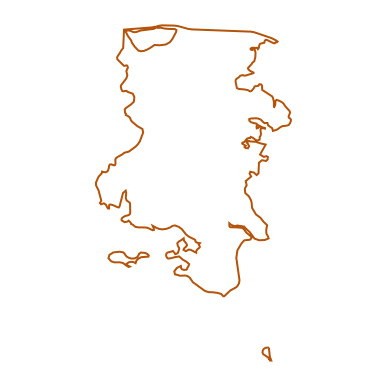 an SVG outline of Midtjylland, rotated 92°
{"feature_id": "DNK-3416", "entity_name": "Midtjylland", "entity_type": "Region", "adm_level": 1, "iso_a3": "DNK", "parent_name": "Denmark", "parent_adm1": "", "projection": "albers", "projection_center": [9.543, 56.244], "detail": "fine", "context": "isolated", "style": "outline", "palette": "amber", "viewbox_px": 384, "rotation_deg": 92, "n_neighbors": 0, "source": "natural_earth", "source_scale": "10m", "svg_char_len": 6017}
<svg xmlns="http://www.w3.org/2000/svg" viewBox="0 0 384 384"><g transform="rotate(92 192 192)"><path d="M32.1,265.6L28.9,237.7L28.5,236.0L28.2,235.6L28.2,234.0L28.5,233.7L29.1,233.9L30.3,235.9L32.4,248.9L34.1,253.4L34.3,255.3L34.0,256.9L33.0,259.2L32.8,261.1L33.1,263.4L33.9,263.9L38.2,261.6L42.8,258.0L44.9,257.3L48.7,254.4L52.6,250.5L53.1,247.8L52.6,244.8L51.3,241.9L49.8,239.3L46.4,234.6L46.5,229.4L45.5,223.3L43.1,219.4L39.9,217.0L32.7,213.5L30.7,213.2L29.8,214.6L29.8,221.8L29.6,225.2L28.9,229.1L29.2,231.9L28.9,233.0L27.5,232.5L27.2,231.6L26.5,227.8L26.3,215.5L26.7,211.7L29.2,201.2L29.5,197.2L29.7,138.6L30.1,135.8L30.9,132.9L35.3,118.3L37.3,113.8L38.7,111.7L39.3,112.1L39.6,113.6L40.5,114.5L40.4,115.7L37.4,122.6L37.4,123.8L38.6,124.7L40.3,124.9L41.4,128.9L42.1,129.6L45.9,130.4L46.9,131.1L45.6,131.9L45.9,133.5L45.6,136.2L46.1,137.8L46.9,138.5L47.7,138.1L48.0,136.9L47.4,135.5L47.4,134.3L50.4,133.4L54.9,133.4L59.1,134.3L60.8,136.3L61.7,136.6L66.2,140.4L67.5,139.9L68.8,138.4L70.5,134.7L71.1,134.7L73.8,142.7L73.9,144.0L73.5,144.7L73.6,146.3L74.2,147.9L75.7,149.2L77.5,151.6L78.6,152.3L80.2,152.3L86.5,150.8L87.0,149.9L87.4,148.6L87.7,142.9L88.3,139.5L89.4,137.6L89.0,136.1L86.1,133.8L84.5,133.2L84.0,132.4L83.9,130.9L83.5,129.4L82.0,128.5L82.0,126.8L83.3,125.7L87.5,125.4L93.6,115.3L95.0,114.4L98.9,113.3L104.0,113.1L104.2,112.7L102.0,111.9L97.9,111.7L97.0,110.7L97.9,107.7L99.2,105.1L100.4,103.7L103.3,101.5L107.8,97.2L109.5,96.8L113.2,98.1L114.3,97.8L115.3,96.3L116.1,95.7L117.7,95.7L119.8,96.4L121.7,97.8L122.4,99.8L123.0,103.8L124.3,106.2L125.7,107.8L126.9,109.7L128.1,113.3L125.5,114.0L122.7,118.3L120.4,119.0L120.4,120.2L120.7,121.8L119.7,123.2L117.2,125.9L116.3,128.3L116.1,130.4L116.5,135.8L117.2,137.4L118.7,137.2L120.3,135.4L121.5,129.8L122.9,129.5L124.6,129.8L126.1,129.5L125.5,127.9L124.8,127.3L123.9,127.5L122.9,128.2L125.0,123.6L125.5,121.3L126.1,121.3L125.5,125.1L128.0,125.7L131.3,125.1L133.4,125.4L134.6,126.3L137.3,126.2L138.2,128.3L137.9,130.0L135.7,133.1L134.9,135.3L135.9,135.7L136.2,137.5L136.8,138.8L137.7,139.7L140.0,141.1L141.0,143.4L141.9,143.5L143.9,139.9L145.2,141.1L146.3,139.8L146.3,137.6L144.2,136.5L141.3,138.2L141.1,138.7L140.7,138.9L139.7,138.8L138.9,138.3L138.9,137.4L139.2,136.5L139.4,136.5L139.6,130.2L141.1,124.8L142.0,120.0L152.2,125.3L154.4,121.4L153.6,119.0L154.3,117.4L157.0,117.6L158.4,119.1L157.8,123.2L160.4,126.1L171.0,126.2L172.8,128.0L170.4,130.8L169.7,134.5L171.5,135.1L174.5,133.4L179.2,138.7L183.3,137.6L185.8,138.9L187.3,139.3L191.2,138.7L194.3,135.0L198.0,132.8L200.3,132.1L205.8,131.4L212.2,127.3L215.2,122.9L219.5,119.2L222.6,115.7L227.1,116.5L231.0,116.2L233.4,114.7L235.7,113.8L237.4,117.5L237.9,123.1L236.4,127.9L230.2,132.8L225.6,138.1L224.8,138.5L223.9,145.6L224.6,147.5L224.2,149.9L223.1,152.2L222.0,153.6L224.9,153.4L225.9,152.5L225.8,146.1L226.0,141.4L226.9,139.2L230.8,136.2L233.9,132.0L235.5,130.8L237.4,132.0L237.8,133.1L238.4,137.8L238.8,138.4L241.6,140.7L248.7,144.6L256.3,145.4L278.4,141.5L281.5,141.8L284.6,143.4L286.0,145.0L289.1,150.3L295.0,156.1L295.1,157.1L292.9,159.3L291.9,163.2L291.5,167.7L291.5,171.7L290.5,175.5L282.1,188.0L277.8,191.2L276.2,193.5L275.7,195.8L276.1,201.0L274.8,206.2L271.9,206.9L268.5,204.5L266.3,200.6L268.7,200.1L269.7,199.2L270.1,197.1L269.8,194.8L268.9,194.1L267.6,193.9L266.5,193.1L264.2,192.3L261.9,195.1L259.9,198.9L256.9,202.5L257.6,206.4L258.9,210.7L259.4,213.5L258.5,214.7L257.0,215.5L255.4,215.7L254.2,215.3L253.2,213.9L252.3,210.6L251.6,209.0L253.9,207.0L254.7,206.6L254.0,204.8L253.2,203.9L249.3,202.8L248.4,202.9L246.3,204.3L243.7,204.9L242.1,203.6L240.6,201.2L238.6,198.7L240.7,198.4L243.8,195.8L245.5,195.1L246.9,196.1L248.5,197.8L250.1,198.5L251.4,196.1L249.7,193.4L249.8,191.3L252.5,185.7L251.2,185.7L249.9,185.2L248.6,184.2L247.7,182.9L246.6,182.2L244.2,183.4L242.9,182.3L242.6,184.6L242.1,186.0L241.3,186.8L240.0,187.0L239.3,187.9L236.8,193.5L234.6,196.5L229.5,200.8L227.3,204.0L226.0,208.0L226.6,210.4L228.2,212.7L229.7,216.2L230.4,220.5L230.0,223.7L228.9,226.7L227.2,230.1L229.5,229.0L231.2,228.7L231.6,229.9L229.3,235.3L229.1,237.5L229.2,244.7L228.8,247.4L226.5,250.4L226.2,251.6L224.7,252.3L223.6,253.4L222.9,254.4L223.4,254.8L224.1,256.5L224.5,258.3L222.9,261.2L222.0,261.5L220.8,261.2L219.9,260.4L218.4,258.1L217.3,254.5L216.4,253.4L215.2,253.0L206.0,253.5L204.8,253.9L202.8,257.0L200.3,258.0L195.3,257.7L193.0,258.3L195.4,260.9L209.0,263.9L210.0,264.6L209.6,266.4L208.1,269.9L207.3,272.8L207.6,274.1L208.9,274.4L211.4,274.3L211.4,275.5L207.5,277.8L206.4,279.7L207.5,282.5L206.2,283.7L204.0,282.3L193.5,285.5L188.8,288.1L185.9,288.3L180.1,286.0L176.7,283.1L175.8,282.6L174.8,282.6L175.2,280.7L175.3,279.2L174.8,277.8L173.7,276.8L171.6,276.1L168.4,275.7L167.4,275.0L167.2,273.8L168.1,270.7L167.7,269.8L165.8,269.4L162.5,269.8L161.0,269.3L159.6,267.6L157.2,263.5L155.1,260.9L154.6,259.3L154.1,257.2L153.4,256.0L148.6,249.9L146.2,247.8L143.2,245.9L134.3,242.9L130.8,243.7L128.1,248.9L123.7,254.5L122.1,255.8L120.4,256.3L119.5,257.0L118.2,258.8L117.3,260.9L116.1,260.8L115.1,261.7L111.8,262.1L110.5,261.1L106.7,256.1L103.9,253.3L99.2,252.9L95.8,254.6L94.3,259.5L93.2,261.1L93.7,263.9L93.7,265.0L92.2,266.0L89.1,266.9L87.5,266.4L80.8,261.6L77.7,260.7L73.6,261.8L71.5,261.2L70.5,260.5L69.7,260.5L68.8,260.7L67.7,261.6L68.3,263.8L68.1,264.6L62.0,271.2L60.2,271.5L59.1,271.2L55.7,269.0L53.4,267.9L50.5,265.8L32.1,265.6ZM258.7,255.2L259.9,253.1L260.6,250.4L260.5,247.5L259.2,244.7L257.5,243.5L255.5,242.7L254.3,240.9L254.5,236.7L255.5,234.5L256.9,233.0L258.1,233.3L258.9,240.4L260.5,243.3L262.6,245.2L265.1,245.9L264.2,247.6L263.9,249.4L264.0,251.2L264.5,252.8L266.2,255.1L267.3,254.4L268.7,251.6L269.1,252.7L267.7,255.2L265.3,258.6L264.8,261.7L265.0,267.3L264.1,270.3L261.1,273.2L257.7,272.3L255.1,268.4L254.2,262.2L254.7,258.8L255.7,257.4L257.0,256.6L258.7,255.2ZM345.1,113.0L344.8,110.5L345.8,109.6L353.7,108.5L357.7,106.9L357.7,108.1L357.0,108.4L356.5,109.2L354.8,110.0L351.6,115.2L350.0,115.9L348.1,115.8L346.3,114.8L345.1,113.0Z" fill="none" stroke="#b45309" stroke-width="2"/></g></svg>